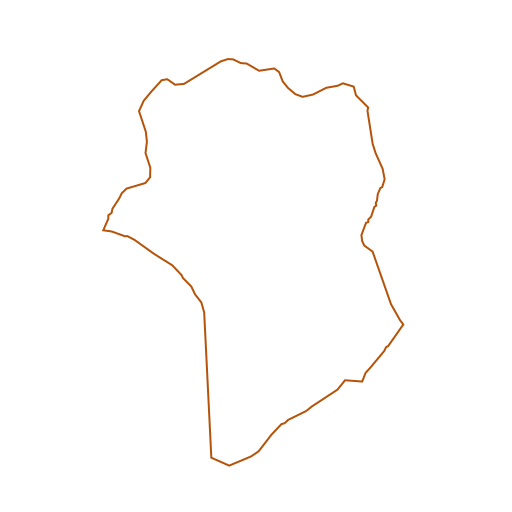 Comalapa, Chimaltenango, Guatemala, rotated 167°
{"feature_id": "79465075B20533835568795", "entity_name": "Comalapa", "entity_type": "district", "adm_level": 2, "iso_a3": "GTM", "parent_name": "Guatemala", "parent_adm1": "Chimaltenango", "projection": "robinson", "projection_center": [-90.9, 14.753], "detail": "fine", "context": "isolated", "style": "outline", "palette": "amber", "viewbox_px": 512, "rotation_deg": 167, "n_neighbors": 0, "source": "geoboundaries", "source_scale": "gbopen_adm2", "svg_char_len": 1295}
<svg xmlns="http://www.w3.org/2000/svg" viewBox="0 0 512 512"><g transform="rotate(167 256 256)"><path d="M344.9,69.5L329.3,57.8L305.9,61.8L297.4,65.1L280.9,78.6L269.0,86.5L265.8,86.6L261.5,89.1L241.9,93.7L235.5,96.8L206.6,107.5L197.2,114.9L180.8,109.8L175.5,117.5L169.3,121.8L152.3,134.7L149.7,138.0L147.5,138.5L127.9,156.1L130.1,161.1L135.3,178.7L141.4,234.0L148.2,241.9L149.2,247.0L148.6,252.6L141.4,263.5L138.9,263.9L138.4,266.3L135.0,268.4L129.7,277.1L127.5,278.1L127.4,280.8L125.7,282.6L123.4,289.0L119.5,294.3L117.5,294.8L113.4,301.8L113.0,312.5L116.3,329.3L117.1,339.0L114.7,372.6L113.3,375.4L122.4,390.0L122.7,399.1L132.5,404.7L138.2,403.5L149.7,404.1L164.1,400.5L174.8,400.6L181.3,404.9L187.1,412.7L190.7,420.2L192.1,430.0L196.0,434.6L211.3,435.8L221.9,445.7L227.3,447.3L234.0,452.7L239.0,454.2L246.4,453.6L287.4,439.9L296.3,441.1L302.7,448.2L308.4,448.5L320.8,439.9L330.5,432.5L337.4,423.5L335.4,401.8L336.6,391.9L340.5,381.1L339.1,365.8L341.5,356.5L347.4,352.0L367.0,350.8L372.6,347.4L376.5,342.7L385.3,334.3L387.0,330.5L390.7,328.9L391.5,325.6L399.0,315.4L391.0,312.3L379.1,304.6L377.0,304.4L370.7,299.0L355.2,281.4L349.5,275.6L339.7,265.8L332.8,254.1L332.2,251.1L325.9,240.8L324.0,232.3L319.7,223.0L319.2,212.6L344.9,69.5Z" fill="none" stroke="#b45309" stroke-width="2"/></g></svg>